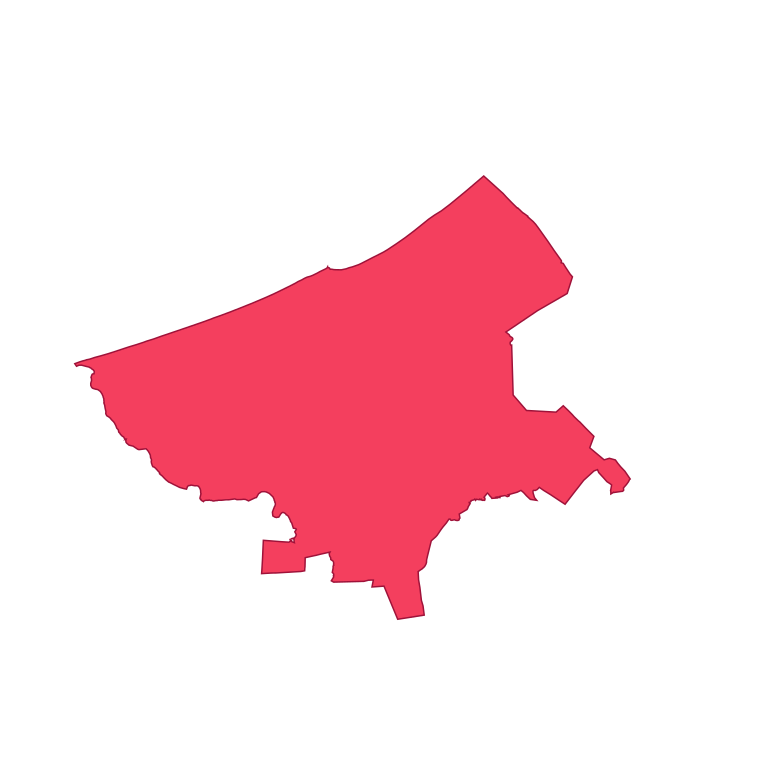 Santiago Pinotepa Nacional, Oaxaca, Mexico, rotated 129°
{"feature_id": "50627088B36163788288008", "entity_name": "Santiago Pinotepa Nacional", "entity_type": "district", "adm_level": 2, "iso_a3": "MEX", "parent_name": "Mexico", "parent_adm1": "Oaxaca", "projection": "natural_earth1", "projection_center": [-98.073, 16.296], "detail": "fine", "context": "isolated", "style": "filled", "palette": "rose", "viewbox_px": 768, "rotation_deg": 129, "n_neighbors": 0, "source": "geoboundaries", "source_scale": "gbopen_adm2", "svg_char_len": 6099}
<svg xmlns="http://www.w3.org/2000/svg" viewBox="0 0 768 768"><g transform="rotate(129 384 384)"><path d="M182.1,305.0L181.5,308.5L178.9,316.7L177.5,320.6L178.3,322.7L177.2,323.1L176.5,323.8L173.2,335.8L170.0,346.4L165.8,361.4L164.5,366.4L163.9,370.2L163.6,377.7L163.1,377.8L163.4,383.2L163.6,383.3L163.0,390.9L163.4,391.1L162.6,399.1L161.7,406.7L161.0,411.2L159.6,437.4L182.2,441.6L202.8,445.8L213.4,448.4L220.8,451.0L227.7,453.0L245.3,456.8L257.5,459.8L267.5,462.7L277.7,465.9L281.8,467.4L292.7,472.3L304.3,477.4L307.2,478.8L312.9,482.3L315.6,484.3L318.3,485.9L322.2,489.1L326.0,494.0L326.8,495.2L327.7,496.9L328.7,498.0L328.2,499.4L328.3,499.5L328.7,501.4L328.6,501.5L329.8,501.3L331.2,501.8L337.1,504.6L339.9,505.7L344.4,507.8L346.7,509.1L349.3,511.0L351.9,512.3L355.0,513.5L358.4,515.2L361.4,516.3L368.6,519.5L383.4,526.4L393.0,531.3L405.7,538.1L424.9,548.9L435.5,555.2L440.0,558.0L442.4,559.3L451.2,564.6L481.3,583.5L486.6,586.9L494.2,591.5L500.3,595.6L502.9,597.1L509.1,601.1L515.7,605.6L533.7,617.2L540.3,621.8L545.4,625.5L549.8,628.3L551.3,629.5L552.2,630.3L553.7,631.2L555.7,632.7L558.1,634.3L562.8,637.1L563.0,636.5L563.7,634.1L561.4,632.9L559.7,630.9L557.7,626.4L556.5,624.0L556.5,623.3L556.1,622.1L556.2,620.3L556.0,619.0L556.4,617.2L558.5,615.8L559.8,616.9L560.7,616.8L563.2,615.9L563.3,615.8L563.2,615.6L564.5,614.2L565.6,613.3L567.0,612.8L568.2,612.2L569.7,610.9L570.5,609.2L570.7,607.9L570.1,606.2L569.4,604.6L568.9,603.8L568.4,602.6L568.3,599.7L569.2,596.9L570.5,594.4L571.2,593.6L571.8,592.4L572.7,591.7L574.7,589.7L575.0,589.8L576.3,587.7L578.3,585.5L580.4,582.8L582.2,581.5L583.1,579.6L583.1,579.1L582.8,577.4L582.8,574.9L583.2,573.8L583.5,570.6L583.8,569.3L585.1,566.2L586.5,563.9L586.8,561.7L588.3,559.9L588.4,559.2L588.5,558.4L588.5,558.1L588.9,557.4L589.1,556.4L589.0,556.1L589.3,554.5L589.3,554.3L589.1,553.9L589.0,553.5L589.1,553.1L589.1,552.6L589.7,551.5L589.5,551.0L589.8,550.3L590.0,550.3L589.1,549.6L590.3,549.2L591.6,547.9L591.9,546.8L592.0,543.7L590.2,539.9L589.7,534.3L589.2,533.1L584.1,528.2L584.2,526.9L584.6,524.9L585.4,522.8L586.3,520.9L588.3,518.9L588.3,518.7L588.6,518.0L589.4,516.8L590.5,516.3L591.7,515.1L593.3,512.6L593.7,511.4L593.3,510.7L593.2,508.3L593.5,507.3L593.4,506.9L593.7,505.9L594.1,502.8L594.8,501.6L595.0,501.7L595.1,500.5L595.0,499.6L595.1,497.7L595.3,496.8L595.7,493.3L595.7,489.5L595.4,488.7L594.7,485.6L594.6,484.8L593.8,481.5L593.0,477.8L591.2,473.6L590.0,471.3L587.3,472.2L585.9,471.9L585.0,470.9L584.0,470.4L582.2,467.0L580.8,465.4L580.3,464.2L580.4,463.0L581.0,461.3L582.0,459.7L584.1,457.8L584.4,457.2L588.6,455.2L589.2,453.9L588.9,453.7L589.3,452.9L589.3,452.0L589.0,450.4L588.8,450.5L587.1,449.8L586.1,448.8L584.9,447.3L584.2,446.9L583.8,445.8L582.9,444.6L582.7,443.7L582.1,442.7L580.4,441.3L579.5,440.2L578.7,439.7L576.6,437.1L573.6,434.1L571.5,431.6L567.2,427.6L566.5,425.6L563.8,422.4L561.8,420.4L560.8,418.8L560.1,415.7L553.5,412.5L552.5,411.7L548.2,412.4L544.8,411.4L542.9,409.2L542.0,407.6L541.2,404.3L541.6,399.3L542.5,397.4L543.0,396.6L543.4,396.2L544.2,394.7L544.6,394.4L544.8,393.7L546.0,392.6L547.5,392.0L548.5,391.9L549.5,391.5L550.0,391.4L553.8,390.1L555.7,388.2L556.5,387.3L556.1,384.9L555.4,383.5L554.3,382.7L553.7,382.0L550.0,382.5L548.3,382.3L547.4,381.8L546.8,380.2L546.8,379.4L546.8,378.6L547.2,377.7L546.9,376.6L546.9,375.9L547.1,374.9L547.8,373.4L547.9,372.9L548.3,372.4L548.9,371.0L549.7,370.0L550.0,368.4L553.1,363.7L551.9,361.5L552.2,360.6L555.0,360.3L556.3,357.4L557.6,356.8L559.9,356.7L561.8,358.1L561.2,356.3L562.9,354.8L563.7,353.8L564.3,355.4L564.6,356.6L563.5,357.6L564.1,358.9L564.9,357.7L566.8,358.4L570.3,363.3L581.4,379.4L596.3,368.4L605.2,362.0L608.4,359.8L601.9,352.7L598.8,349.0L582.0,330.6L579.1,328.1L576.6,329.9L576.0,330.2L568.6,335.9L568.0,335.5L561.0,329.9L560.2,329.2L556.3,326.3L548.6,320.2L550.4,319.8L551.8,318.1L552.6,316.1L553.9,314.9L553.7,312.2L554.1,311.3L554.9,310.3L555.8,309.9L556.3,309.0L557.5,309.0L559.1,307.7L563.0,305.6L563.1,304.0L564.1,302.7L564.9,302.7L565.6,301.7L570.1,301.1L569.7,298.5L550.0,275.4L546.0,272.4L545.6,271.8L544.6,270.8L543.1,268.9L549.3,265.6L541.1,256.8L558.2,225.3L538.3,207.3L531.9,214.0L528.6,218.8L519.5,228.1L514.4,233.9L508.3,239.4L505.6,238.7L503.6,238.0L502.6,237.9L501.7,237.7L500.1,237.6L497.7,238.0L495.9,238.7L493.9,240.2L490.2,242.0L476.1,248.6L470.3,247.6L468.1,247.5L461.0,248.1L457.8,248.2L452.7,248.1L448.2,248.5L447.4,247.7L447.8,246.7L447.7,246.2L447.3,245.5L445.2,243.9L444.8,242.5L444.1,241.3L443.3,240.5L442.3,240.1L441.3,240.7L440.4,240.6L437.7,243.7L429.3,240.5L427.3,240.9L426.5,241.3L422.8,241.8L422.8,242.8L422.5,243.0L422.4,243.2L422.0,242.8L420.8,242.5L419.9,242.7L419.8,242.9L417.4,241.2L416.3,241.0L416.8,239.6L415.4,239.6L414.0,237.1L413.1,237.1L413.2,236.1L412.3,235.7L412.7,234.7L412.0,233.7L411.5,233.4L411.1,232.6L410.6,232.7L409.7,233.2L408.8,234.7L408.9,235.0L403.7,235.0L403.7,233.8L404.4,231.2L404.4,230.4L404.8,228.7L405.0,228.2L401.6,224.6L401.5,225.7L400.4,224.8L400.2,223.8L399.3,222.4L398.5,222.9L398.5,223.2L394.8,220.0L394.5,219.6L394.1,218.1L394.0,217.4L392.6,216.4L391.8,216.5L391.9,217.8L384.3,212.4L380.5,210.6L380.5,208.3L380.6,206.7L381.2,202.9L381.6,197.7L378.3,192.1L377.6,195.5L374.9,199.5L373.5,200.8L373.2,200.9L372.7,200.9L372.4,200.7L371.5,199.4L369.5,198.5L366.6,198.3L366.2,192.8L365.2,185.1L364.2,174.5L363.5,167.6L345.7,168.0L344.0,168.0L333.1,168.2L319.4,166.1L316.2,164.2L317.7,161.4L318.5,156.1L318.6,155.3L319.6,149.3L319.2,145.2L319.2,143.6L321.3,142.4L324.3,140.8L324.7,140.2L326.7,138.5L323.6,137.4L323.7,137.1L318.4,132.2L317.3,131.1L316.5,130.9L315.7,130.9L314.1,132.5L309.6,132.3L306.0,132.5L304.0,133.0L302.9,132.9L300.2,141.9L299.4,148.0L298.5,152.4L297.4,156.4L299.9,162.1L304.4,165.2L304.1,184.0L292.6,187.9L291.4,199.4L290.3,207.9L290.3,209.8L289.8,215.5L289.3,218.4L288.7,223.7L288.1,231.0L297.6,232.6L314.9,256.6L311.3,276.7L273.4,309.3L274.0,310.0L273.4,311.3L272.6,311.9L272.0,312.2L269.7,311.9L268.1,312.1L267.6,312.6L267.3,313.6L267.6,316.1L266.9,317.8L266.9,322.0L230.2,310.8L198.4,298.6L182.1,305.0Z" fill="#f43f5e" stroke="#9f1239" stroke-width="1.5"/></g></svg>